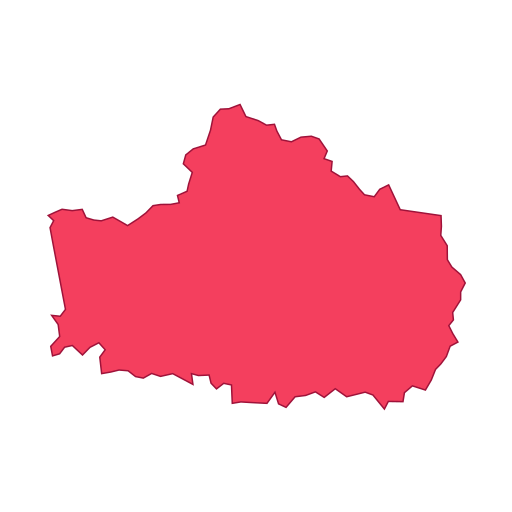 Lagoa de São Francisco, Piauí, Brazil (Albers equal-area conic projection), rotated 6°
{"feature_id": "56859067B87482275169203", "entity_name": "Lagoa de São Francisco", "entity_type": "district", "adm_level": 2, "iso_a3": "BRA", "parent_name": "Brazil", "parent_adm1": "Piauí", "projection": "albers", "projection_center": [-41.587, -4.356], "detail": "fine", "context": "isolated", "style": "filled", "palette": "rose", "viewbox_px": 512, "rotation_deg": 6, "n_neighbors": 0, "source": "geoboundaries", "source_scale": "gbopen_adm2", "svg_char_len": 1707}
<svg xmlns="http://www.w3.org/2000/svg" viewBox="0 0 512 512"><g transform="rotate(6 256 256)"><path d="M315.9,144.1L306.5,133.0L298.5,131.1L288.3,133.1L279.3,138.7L269.2,137.8L263.7,129.6L260.6,123.1L252.8,124.8L244.3,121.2L231.4,118.4L224.3,107.0L213.6,112.4L205.2,113.7L198.9,122.3L197.6,135.7L194.2,150.9L182.4,156.0L175.6,162.8L174.1,171.9L183.9,179.5L181.5,191.4L180.7,198.8L171.6,204.0L174.1,211.1L165.7,213.6L155.9,214.7L148.3,216.7L142.0,224.7L134.8,231.4L125.1,239.2L116.6,235.4L109.5,232.3L98.4,237.2L91.0,237.2L83.0,235.7L78.3,227.8L68.5,230.1L58.2,229.8L51.8,233.4L45.1,237.4L51.1,242.0L48.2,249.3L53.0,265.5L72.1,329.0L67.6,336.4L59.0,336.4L66.4,344.8L69.2,356.6L61.3,367.3L64.1,376.6L70.9,373.8L75.2,366.7L82.7,364.2L93.8,372.6L100.4,364.2L108.8,358.7L115.8,365.0L111.2,372.9L114.8,389.1L123.9,386.5L131.7,383.7L140.8,383.5L148.8,388.5L156.7,389.2L164.5,383.7L173.6,385.7L185.5,381.7L206.7,390.3L204.1,379.7L211.2,380.9L221.8,379.3L224.6,387.2L230.6,392.3L237.2,386.0L245.1,386.8L247.8,405.0L256.2,402.7L267.4,402.2L282.3,401.4L289.1,389.5L293.9,400.7L301.7,403.4L309.6,391.9L319.9,389.5L329.3,384.9L338.6,389.5L348.7,379.7L360.9,386.5L378.8,380.0L386.8,382.0L399.7,394.8L402.8,386.8L417.4,385.5L417.9,376.4L425.1,368.8L438.5,371.6L443.3,361.0L446.4,350.0L451.1,344.0L455.8,336.1L458.5,325.4L465.8,320.5L459.8,312.6L455.0,305.1L459.0,298.9L457.5,291.6L464.1,278.2L463.3,270.3L466.9,261.0L461.5,253.2L451.9,246.5L446.7,239.7L445.1,225.8L437.6,216.2L437.3,207.1L435.8,196.5L394.6,194.9L380.5,171.4L372.1,176.7L367.4,184.7L357.5,183.8L351.8,178.7L345.2,171.9L338.6,166.8L331.6,168.3L321.9,163.7L321.8,154.0L313.5,152.1L315.9,144.1Z" fill="#f43f5e" stroke="#9f1239" stroke-width="1.5"/></g></svg>